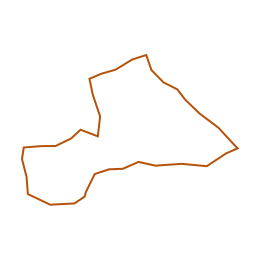 outline of Guéni, Logone Occidental, Chad, rotated 176°
{"feature_id": "50815135B88319439398100", "entity_name": "Guéni", "entity_type": "district", "adm_level": 2, "iso_a3": "TCD", "parent_name": "Chad", "parent_adm1": "Logone Occidental", "projection": "mercator", "projection_center": [15.87, 8.955], "detail": "fine", "context": "isolated", "style": "outline", "palette": "amber", "viewbox_px": 256, "rotation_deg": 176, "n_neighbors": 0, "source": "geoboundaries", "source_scale": "gbopen_adm2", "svg_char_len": 597}
<svg xmlns="http://www.w3.org/2000/svg" viewBox="0 0 256 256"><g transform="rotate(176 128 128)"><path d="M233.4,115.8L235.9,104.4L232.6,86.3L232.5,69.1L211.0,56.9L186.6,56.5L176.6,62.3L176.1,62.5L174.3,67.4L164.4,84.4L149.8,88.1L136.0,87.7L119.8,93.4L103.2,88.5L76.8,88.5L52.1,84.4L31.8,95.9L20.1,100.0L27.4,109.0L37.7,121.9L55.9,137.7L69.0,152.3L76.1,163.1L89.4,171.0L100.6,184.2L104.7,199.5L118.9,196.1L136.5,187.0L150.8,184.0L163.0,179.8L160.8,163.7L155.0,141.4L158.7,121.8L175.5,129.6L185.5,121.5L201.5,115.1L216.4,116.0L233.4,115.8Z" fill="none" stroke="#b45309" stroke-width="2"/></g></svg>